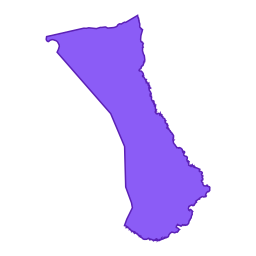 the district of Mbadjini Est, Andjazîdja, Comoros
{"feature_id": "10938185B84550121750878", "entity_name": "Mbadjini Est", "entity_type": "district", "adm_level": 2, "iso_a3": "COM", "parent_name": "Comoros", "parent_adm1": "Andjazîdja", "projection": "mercator", "projection_center": [43.472, -11.838], "detail": "fine", "context": "isolated", "style": "filled", "palette": "violet", "viewbox_px": 256, "rotation_deg": 0, "n_neighbors": 0, "source": "geoboundaries", "source_scale": "gbopen_adm2", "svg_char_len": 5965}
<svg xmlns="http://www.w3.org/2000/svg" viewBox="0 0 256 256"><path d="M57.1,52.2L110.7,113.6L124.6,146.5L125.7,187.0L131.5,202.8L132.4,207.8L126.8,219.2L124.5,225.6L126.4,226.2L126.9,226.7L126.5,227.3L127.0,227.2L126.8,227.5L127.6,227.5L128.6,228.0L130.0,229.3L129.8,229.5L130.4,229.5L131.2,230.8L132.0,230.9L132.2,231.1L132.0,231.6L132.9,231.4L133.5,231.7L133.8,232.3L134.2,231.7L134.4,231.8L134.3,232.5L135.0,232.4L134.9,233.1L135.5,232.8L135.7,233.1L136.0,233.1L136.4,233.5L136.9,233.5L136.9,233.9L137.9,234.3L138.0,234.9L139.1,235.8L139.4,235.7L139.4,236.3L140.0,236.1L140.3,236.8L140.8,236.4L141.0,237.2L142.8,238.5L143.1,239.0L144.1,239.3L146.3,239.3L146.9,239.2L147.6,238.6L148.7,238.3L149.0,239.0L149.8,239.4L149.9,239.8L150.2,239.7L150.3,239.2L150.6,239.4L150.9,239.3L151.0,239.6L152.1,239.6L153.0,240.3L153.3,240.2L153.4,240.5L153.7,240.1L154.4,240.3L155.1,239.7L155.4,239.8L156.0,239.0L156.6,238.8L157.3,239.6L156.6,240.2L157.4,240.1L157.4,240.5L157.8,240.0L158.1,240.5L158.9,240.6L159.8,240.3L159.5,239.6L161.0,239.5L161.5,238.7L161.5,238.2L161.8,237.9L161.8,238.7L161.2,239.9L161.7,239.3L163.0,239.0L164.0,238.3L164.8,238.3L165.3,237.8L164.0,237.9L164.1,237.6L164.7,237.7L165.1,237.2L166.2,237.7L166.5,237.3L167.0,237.4L168.0,236.9L168.5,236.3L168.9,234.8L170.2,233.2L171.8,232.1L174.8,232.8L176.5,232.0L177.2,232.2L178.1,231.4L178.2,230.7L179.5,229.5L178.8,229.2L178.5,228.6L177.8,228.1L176.3,227.4L176.4,226.1L177.1,225.5L177.4,224.6L177.7,224.4L178.2,225.1L178.6,225.3L179.1,225.2L179.9,225.7L180.7,225.6L180.8,226.1L181.0,226.2L182.1,225.5L182.5,224.7L183.1,224.7L183.9,225.4L184.9,224.7L185.3,225.3L187.1,224.9L187.1,224.6L187.8,224.3L188.6,223.3L189.4,220.3L190.0,220.0L190.4,218.7L191.1,218.0L191.5,215.7L192.2,214.6L192.1,212.2L192.7,211.5L190.7,209.5L190.2,209.5L189.7,209.9L189.6,210.6L188.7,210.0L188.4,208.4L188.9,206.4L189.5,206.4L190.0,205.7L191.9,205.0L192.9,205.7L194.0,205.3L194.1,204.6L194.4,204.7L195.2,203.2L196.5,202.1L195.9,201.1L198.6,199.1L199.3,199.2L199.6,199.0L199.5,198.3L201.9,196.7L202.7,196.6L203.6,197.0L205.9,196.6L206.3,195.9L205.5,195.3L206.3,193.1L207.6,191.6L208.6,191.7L209.7,190.5L209.8,187.3L209.4,186.8L209.1,186.9L208.0,186.2L207.6,186.2L207.4,185.2L206.7,185.2L206.1,186.0L204.0,185.8L202.9,184.4L202.8,182.7L201.7,181.8L201.4,180.6L201.7,180.2L202.1,180.3L202.8,179.8L202.8,178.2L202.1,177.7L202.3,176.3L202.8,176.1L202.7,175.6L202.1,175.7L201.4,174.0L202.2,173.4L202.3,172.8L202.0,172.2L200.8,171.5L200.2,171.3L199.5,171.5L199.3,171.0L199.4,170.0L199.8,169.3L196.7,167.9L194.1,167.3L194.0,167.0L194.3,166.7L193.7,166.6L193.8,166.0L193.1,166.4L192.9,165.7L192.2,165.8L192.2,165.2L191.7,165.8L191.6,165.0L191.0,165.0L191.0,165.5L190.5,165.5L190.3,165.9L190.1,165.5L189.6,165.6L188.7,165.2L188.8,163.9L188.5,163.3L188.9,162.9L188.7,162.1L189.0,161.6L188.4,161.4L187.7,161.8L187.4,161.4L187.7,160.9L187.3,160.9L186.8,159.5L187.2,159.0L187.3,157.2L186.0,156.2L185.3,156.3L183.8,155.2L183.6,153.0L183.8,152.9L184.0,153.4L184.6,152.7L184.5,151.7L183.7,151.2L182.7,151.8L182.2,149.4L180.8,148.1L179.5,147.6L179.2,147.7L179.1,148.1L178.6,148.2L177.9,147.6L176.8,147.7L176.1,146.4L175.3,145.5L175.3,145.2L173.6,143.2L173.2,141.0L173.7,140.3L173.2,140.4L172.9,140.0L173.1,138.8L173.4,138.6L173.2,137.4L173.5,137.4L173.6,135.8L172.9,134.5L172.3,134.2L172.4,133.7L171.9,133.1L171.2,132.2L170.8,132.2L170.8,131.9L170.1,131.2L170.1,130.6L169.6,130.4L169.1,129.6L168.5,129.2L168.8,128.8L168.6,128.5L168.0,128.6L167.9,127.7L167.4,127.8L167.7,127.3L167.2,127.1L167.6,126.8L167.5,126.0L167.8,125.8L167.5,125.6L167.4,125.1L166.9,124.8L167.4,124.2L167.0,123.8L166.7,124.3L166.8,123.6L165.4,122.9L165.1,121.6L165.8,120.8L164.9,120.3L165.1,119.9L164.6,118.6L163.1,117.9L162.7,117.3L162.8,116.7L161.6,116.3L161.3,115.6L162.0,115.0L161.8,114.8L160.8,114.9L160.9,114.2L160.5,113.9L160.1,113.9L160.1,113.6L159.7,114.3L159.6,113.7L158.4,113.3L157.6,113.5L157.3,113.9L156.7,113.8L156.5,113.3L156.2,113.5L155.8,112.8L155.3,112.3L155.3,111.7L156.3,111.1L155.7,110.7L156.1,110.0L155.7,110.1L155.7,109.6L155.4,109.2L155.6,108.6L155.4,108.3L155.3,107.6L155.5,106.0L154.9,106.0L155.4,105.1L154.6,105.1L154.7,104.4L154.1,104.4L153.7,103.5L153.9,103.1L154.2,103.1L154.0,102.6L153.5,102.5L153.5,102.2L153.3,102.2L153.5,101.6L153.9,101.2L153.3,100.8L152.9,101.3L152.4,101.0L152.4,100.7L152.1,100.7L151.8,100.1L151.4,99.0L151.6,97.3L151.3,96.9L151.4,96.5L150.6,96.5L150.2,96.1L150.1,94.9L150.9,94.8L150.7,94.4L151.0,94.5L151.1,93.9L150.9,93.9L150.9,93.0L150.5,92.0L149.4,90.4L149.0,88.8L149.0,88.3L149.5,88.3L149.0,88.0L148.9,87.5L149.7,87.4L149.4,87.2L149.2,86.7L149.5,86.4L149.2,86.2L149.4,85.5L148.4,85.2L148.9,84.1L148.0,83.8L148.2,83.4L147.8,83.6L147.6,83.0L146.7,82.8L146.9,82.6L146.5,82.3L146.7,82.0L146.2,81.6L146.4,81.3L145.9,80.8L146.0,80.5L145.7,80.1L146.2,79.5L145.1,79.3L143.8,77.0L143.0,76.7L143.4,76.1L142.6,76.1L142.6,75.7L143.3,75.0L143.4,74.4L143.2,73.6L142.4,72.2L141.0,71.0L139.7,71.0L139.1,70.6L139.4,69.4L140.6,68.8L141.1,68.2L141.1,67.5L141.4,67.2L141.3,66.8L141.8,66.0L142.3,66.0L143.0,65.4L143.0,64.9L143.3,64.7L143.4,63.9L143.8,63.3L143.8,62.4L144.2,62.1L143.9,62.0L144.4,61.5L144.2,61.1L144.7,60.7L144.8,59.9L144.3,55.6L143.5,54.2L142.5,50.8L142.6,47.9L142.9,47.6L142.6,47.5L143.0,46.5L142.6,45.1L143.3,43.7L142.9,43.3L142.7,42.5L141.9,42.2L141.8,41.9L141.6,42.0L140.9,41.4L140.6,39.5L140.9,35.7L142.4,30.3L142.3,30.1L142.5,29.7L142.0,29.4L141.6,28.8L141.2,28.9L141.1,28.4L139.9,27.3L139.7,26.5L139.8,24.0L139.1,21.7L139.1,20.8L138.8,20.7L138.8,19.2L138.3,18.5L138.5,18.1L137.9,17.1L137.6,15.4L125.7,22.4L124.7,22.2L123.4,22.7L121.3,24.0L119.7,23.8L118.9,24.1L117.9,24.8L117.2,26.0L115.9,26.9L113.9,27.5L107.7,28.1L105.7,27.0L105.0,27.0L101.9,27.4L100.3,27.4L96.5,28.6L88.7,27.8L86.5,28.3L83.7,28.2L46.6,36.6L46.2,39.2L46.4,40.0L47.0,40.9L47.9,41.5L48.3,41.6L48.8,41.4L49.8,40.4L52.0,39.6L53.2,39.7L56.3,40.8L57.5,41.8L59.1,44.8L59.3,46.4L58.4,49.4L57.1,52.2Z" fill="#8b5cf6" stroke="#5b21b6" stroke-width="1.5"/></svg>